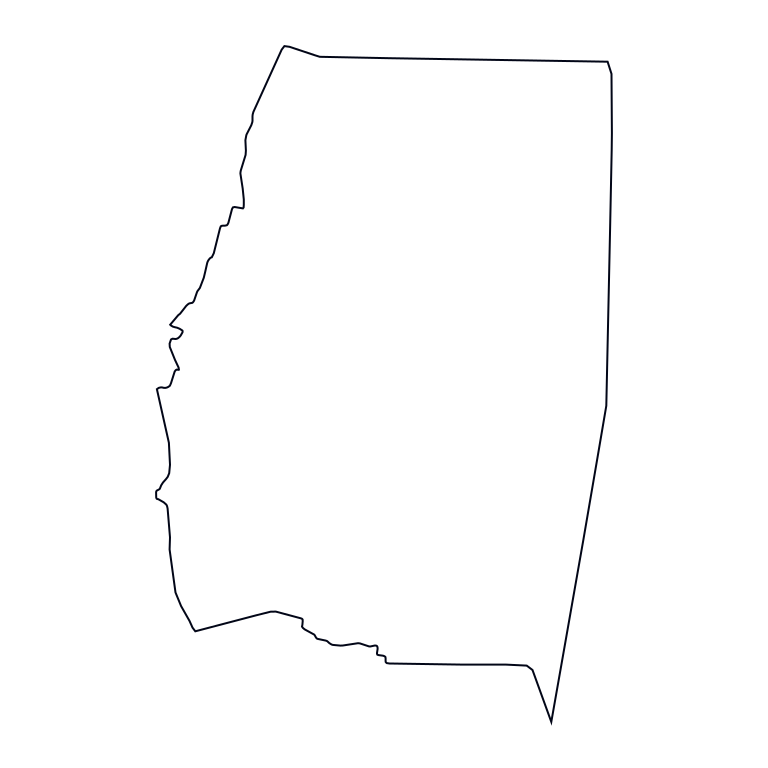 the Province of Santiago del Estero
{"feature_id": "ARG-1304", "entity_name": "Santiago del Estero", "entity_type": "Province", "adm_level": 1, "iso_a3": "ARG", "parent_name": "Argentina", "parent_adm1": "", "projection": "orthographic", "projection_center": [-64.331, -27.868], "detail": "fine", "context": "isolated", "style": "outline", "palette": "ink", "viewbox_px": 768, "rotation_deg": 0, "n_neighbors": 0, "source": "natural_earth", "source_scale": "10m", "svg_char_len": 2542}
<svg xmlns="http://www.w3.org/2000/svg" viewBox="0 0 768 768"><path d="M389.5,58.2L607.6,61.7L611.5,73.9L611.9,133.1L611.7,149.8L610.1,228.3L606.9,378.0L606.3,405.8L597.4,458.1L583.3,540.2L570.8,611.2L564.0,649.9L551.3,721.9L532.5,670.0L526.7,665.6L505.8,664.6L462.3,664.6L389.5,663.5L386.8,663.1L386.4,662.8L385.7,662.0L385.6,661.1L385.6,658.4L385.5,657.5L385.3,656.8L384.4,656.2L383.1,655.7L378.6,655.1L377.4,654.7L377.0,653.8L377.0,652.9L377.6,649.0L377.6,648.1L377.5,647.3L377.3,646.6L376.9,646.0L376.1,645.6L374.9,645.5L370.2,646.5L369.0,646.4L359.9,643.4L358.0,643.2L342.9,645.5L340.4,645.6L332.8,644.9L331.8,644.6L330.7,644.0L329.2,643.0L327.7,641.6L327.1,641.1L325.8,640.6L317.7,638.9L316.8,638.5L315.9,637.4L314.7,635.2L314.2,634.6L304.7,629.4L302.9,627.9L302.0,626.6L302.4,624.8L302.7,621.2L302.6,619.5L302.0,618.8L300.8,618.3L275.8,611.6L270.6,611.7L256.6,615.2L232.6,621.5L195.3,631.3L192.5,627.6L191.1,624.4L190.8,623.8L189.5,620.9L181.1,606.1L175.5,592.5L169.6,549.5L170.0,537.4L167.6,508.5L167.1,506.3L166.8,505.5L166.3,504.6L163.7,502.3L158.3,499.2L157.2,499.0L156.7,498.7L156.4,498.1L156.2,497.4L156.1,492.2L156.3,491.3L156.8,490.6L158.9,489.5L159.8,488.8L161.2,485.3L163.0,482.5L166.0,479.1L167.7,476.9L169.2,473.2L170.0,464.8L168.9,442.8L156.9,389.2L158.7,387.9L160.2,387.5L161.0,387.4L161.9,387.4L164.1,387.9L165.5,387.9L167.0,387.5L168.3,386.9L169.4,386.1L169.9,385.7L171.0,383.2L174.7,371.5L175.7,370.2L176.7,369.6L178.2,369.8L178.7,369.8L178.9,369.7L178.6,367.6L175.0,359.9L169.8,347.0L169.6,343.6L171.0,339.5L171.7,339.1L172.6,338.7L175.4,339.0L176.2,338.9L176.9,338.7L177.6,338.4L178.1,338.1L179.3,337.1L179.8,336.6L180.7,335.5L182.3,332.7L182.6,332.0L182.6,331.6L182.5,330.7L182.2,330.4L179.7,328.8L177.1,327.7L174.8,327.2L172.8,326.6L170.7,325.3L170.2,324.7L178.2,315.2L180.1,313.7L186.2,305.9L187.9,304.3L189.3,303.4L192.4,302.8L193.2,302.0L194.1,300.6L197.0,292.1L197.5,291.1L199.9,287.9L203.8,277.7L205.3,271.4L207.2,263.0L207.6,261.8L208.3,260.4L209.5,258.8L210.3,258.0L211.1,257.5L211.8,257.3L213.8,253.2L218.3,235.1L220.0,228.3L220.8,226.3L221.8,225.8L222.8,225.7L224.7,225.7L226.2,225.4L226.9,225.2L227.6,224.4L228.4,222.8L232.0,209.1L232.9,207.4L234.6,207.0L242.9,208.4L243.6,207.5L243.8,204.9L243.8,199.5L242.7,188.6L240.4,173.5L240.5,172.2L240.8,170.5L245.6,154.9L245.9,150.7L245.4,140.2L246.3,135.3L246.6,134.4L251.3,125.2L252.3,122.2L252.5,120.9L252.5,116.2L252.7,114.4L253.4,111.9L281.7,49.6L284.4,46.1L289.5,46.8L315.0,55.3L319.8,56.8L389.5,58.2Z" fill="none" stroke="#020617" stroke-width="2"/></svg>